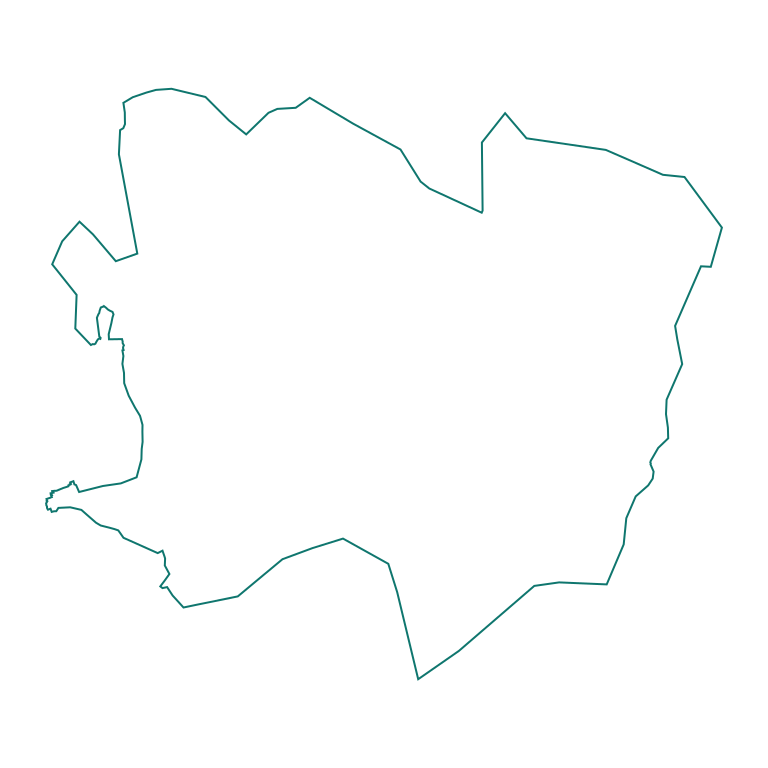 Mafa, Borno, Nigeria
{"feature_id": "59680162B20020413332718", "entity_name": "Mafa", "entity_type": "district", "adm_level": 2, "iso_a3": "NGA", "parent_name": "Nigeria", "parent_adm1": "Borno", "projection": "orthographic", "projection_center": [13.35, 11.959], "detail": "fine", "context": "isolated", "style": "outline", "palette": "teal", "viewbox_px": 768, "rotation_deg": 0, "n_neighbors": 0, "source": "geoboundaries", "source_scale": "gbopen_adm2", "svg_char_len": 2727}
<svg xmlns="http://www.w3.org/2000/svg" viewBox="0 0 768 768"><path d="M721.9,227.6L684.5,177.0L662.9,174.8L642.1,165.7L605.8,149.9L526.5,138.3L505.1,113.2L481.9,142.5L482.6,210.6L481.7,212.7L429.3,188.5L420.6,181.6L400.5,149.5L353.2,123.7L309.7,97.8L295.7,107.8L277.3,108.9L268.5,112.8L246.2,134.4L228.9,120.4L205.5,97.0L171.5,88.8L156.0,89.9L146.3,92.6L132.8,97.2L123.4,102.8L124.8,112.4L124.9,120.2L125.0,124.1L123.3,128.2L120.1,130.1L118.9,154.3L137.3,253.6L115.8,261.2L93.0,234.4L79.5,221.7L62.2,241.3L52.2,264.3L76.6,294.9L75.3,328.6L90.9,345.0L92.7,344.1L94.2,344.3L95.4,343.7L96.2,342.1L97.1,340.6L98.0,339.3L99.2,338.5L100.3,338.9L100.6,337.9L99.3,336.5L96.9,317.8L98.4,314.2L99.2,313.1L99.7,310.6L100.8,307.5L101.8,307.1L102.2,307.0L102.5,306.8L102.9,306.6L103.5,306.6L103.9,306.1L106.0,307.7L107.9,309.5L109.9,310.7L112.5,311.9L113.5,314.4L112.5,317.4L111.4,323.0L108.7,334.2L109.0,339.3L122.0,339.1L122.7,341.6L122.6,343.0L123.4,344.5L123.9,345.3L123.3,346.5L123.0,348.0L123.6,350.0L122.4,350.4L123.4,356.0L122.4,363.9L124.0,372.9L124.2,383.2L128.7,395.7L134.7,407.0L135.5,408.4L140.0,415.8L140.6,417.9L142.5,424.9L142.4,431.6L142.6,441.9L141.7,449.0L141.4,459.4L136.6,477.3L120.8,483.4L102.9,486.0L79.1,492.0L76.1,485.1L74.4,484.4L73.8,482.5L73.4,481.2L72.1,481.7L70.4,482.3L70.2,482.4L70.9,483.9L70.0,484.1L70.2,484.6L68.4,485.3L68.4,486.3L66.4,487.0L63.2,488.0L61.6,488.7L60.7,489.0L59.2,489.7L58.4,489.9L57.8,490.3L57.2,490.5L56.7,490.7L55.8,490.8L55.5,490.8L54.4,490.8L53.8,490.9L52.1,491.1L52.2,491.6L52.4,492.1L53.3,491.9L53.6,492.6L51.4,493.2L50.6,493.3L50.7,494.1L51.2,494.0L51.3,494.0L51.7,494.7L52.0,495.3L51.7,495.4L51.2,495.7L51.5,496.4L51.8,497.1L51.1,497.3L50.4,497.7L49.5,498.0L47.4,498.7L46.5,499.0L46.8,499.9L47.0,500.3L47.2,500.7L47.3,501.0L46.7,501.2L46.9,501.6L46.8,502.4L46.5,502.7L46.1,503.3L46.3,504.5L46.4,505.5L47.0,506.4L47.0,507.1L47.0,507.7L47.1,507.9L47.2,508.5L48.0,509.7L49.4,509.1L50.5,508.7L51.1,510.2L51.7,511.9L53.9,511.3L56.3,511.2L58.4,507.9L70.2,507.3L81.4,509.9L87.4,515.2L96.0,522.7L100.7,525.5L109.4,527.7L114.5,529.1L118.3,530.4L123.5,537.8L157.7,553.1L162.5,550.7L164.5,556.5L165.1,558.5L164.8,565.5L169.4,574.0L164.6,580.7L160.3,586.4L162.5,588.1L167.1,587.1L172.6,595.5L183.5,607.5L197.4,604.6L237.8,596.4L263.6,574.9L282.5,559.2L312.5,548.1L343.0,538.6L385.4,562.2L388.3,563.8L397.2,592.2L418.2,679.2L458.9,650.9L534.3,585.9L559.1,582.4L606.7,584.4L623.7,544.4L626.3,518.2L635.7,496.4L648.2,485.4L652.7,478.6L653.6,471.6L650.5,464.3L650.8,463.4L650.3,462.4L650.8,460.7L652.2,458.3L658.2,447.9L668.2,438.3L667.9,427.6L666.0,414.1L666.6,399.7L682.2,364.1L677.3,339.4L675.1,325.9L701.0,266.3L710.8,266.8L721.9,227.6Z" fill="none" stroke="#0f766e" stroke-width="2"/></svg>